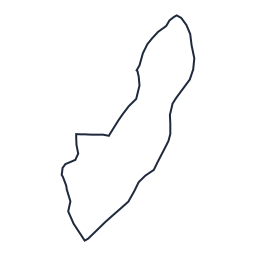 Ifedayo, Osun, Nigeria
{"feature_id": "59680162B7861486631755", "entity_name": "Ifedayo", "entity_type": "district", "adm_level": 2, "iso_a3": "NGA", "parent_name": "Nigeria", "parent_adm1": "Osun", "projection": "equal_earth", "projection_center": [4.991, 7.987], "detail": "fine", "context": "isolated", "style": "outline", "palette": "slate", "viewbox_px": 256, "rotation_deg": 0, "n_neighbors": 0, "source": "geoboundaries", "source_scale": "gbopen_adm2", "svg_char_len": 1048}
<svg xmlns="http://www.w3.org/2000/svg" viewBox="0 0 256 256"><path d="M85.5,240.2L88.2,238.6L105.4,221.9L112.5,215.6L116.3,212.3L128.3,201.7L134.3,191.1L137.9,183.7L138.8,182.0L145.5,175.5L153.8,169.9L157.5,162.3L164.6,148.6L168.4,141.1L168.9,139.4L170.3,134.0L170.3,123.9L169.9,114.8L170.0,114.5L171.3,109.1L172.3,104.8L172.5,103.7L175.1,99.6L176.7,97.2L189.8,79.5L193.2,69.4L194.3,58.3L191.6,45.4L190.2,34.0L186.4,25.0L181.2,17.9L176.7,15.4L174.0,16.9L169.5,20.4L166.2,26.0L159.1,31.1L157.9,32.0L157.5,32.5L152.3,38.1L147.4,44.1L142.9,53.2L139.5,65.4L136.6,70.4L137.5,71.2L138.0,73.7L138.6,76.0L138.9,78.7L139.5,85.5L136.2,98.9L129.6,105.4L128.6,106.4L126.9,108.7L122.9,113.9L118.5,120.2L115.9,124.4L109.7,134.3L108.9,135.8L103.2,134.7L101.0,134.7L98.2,134.7L94.8,134.7L93.0,134.7L87.9,134.5L84.5,134.3L79.8,134.3L76.2,134.1L76.2,138.0L76.5,144.9L78.2,153.6L75.3,159.9L65.4,164.1L62.6,167.9L61.7,174.9L62.9,176.9L66.2,185.6L66.8,189.6L70.4,201.4L68.2,211.4L73.6,223.7L84.7,240.6L85.5,240.2Z" fill="none" stroke="#1e293b" stroke-width="2"/></svg>